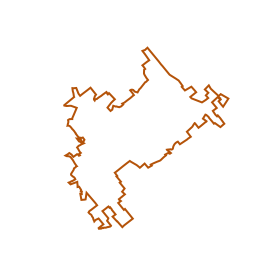 Panabá, Yucatán, Mexico, rotated 135°
{"feature_id": "50627088B71815805148908", "entity_name": "Panabá", "entity_type": "district", "adm_level": 2, "iso_a3": "MEX", "parent_name": "Mexico", "parent_adm1": "Yucatán", "projection": "natural_earth1", "projection_center": [-88.264, 21.34], "detail": "fine", "context": "isolated", "style": "outline", "palette": "amber", "viewbox_px": 256, "rotation_deg": 135, "n_neighbors": 0, "source": "geoboundaries", "source_scale": "gbopen_adm2", "svg_char_len": 5721}
<svg xmlns="http://www.w3.org/2000/svg" viewBox="0 0 256 256"><g transform="rotate(135 128 128)"><path d="M62.0,63.3L56.9,62.9L55.8,69.9L55.6,73.4L56.8,73.3L56.8,75.7L55.9,80.1L51.1,79.4L50.5,85.7L50.4,86.7L42.6,86.4L42.7,84.5L42.3,84.6L42.2,84.7L42.0,84.8L41.8,83.7L42.2,83.4L42.3,82.6L45.0,82.8L45.5,78.5L45.7,75.8L40.9,76.8L36.2,77.8L38.5,86.4L41.3,86.4L41.6,93.6L41.7,97.3L40.7,101.0L46.4,100.9L46.3,96.1L49.9,96.0L50.1,92.5L52.8,92.8L54.9,93.2L57.6,93.8L62.1,104.0L62.0,105.9L54.5,105.1L54.3,107.3L54.0,112.4L61.2,114.3L60.9,119.1L59.7,119.0L59.0,123.0L58.8,124.5L58.6,125.8L58.9,127.2L59.3,129.2L60.5,134.4L60.8,135.8L60.9,136.4L60.4,141.5L59.8,147.5L59.7,149.5L59.2,153.3L57.5,171.0L58.2,171.0L59.2,171.1L60.7,171.1L61.2,171.3L61.9,171.7L62.5,172.0L63.3,172.3L63.9,167.7L65.1,160.9L68.0,161.4L73.5,162.1L73.6,160.6L74.1,157.6L75.4,157.8L77.6,155.8L77.8,155.5L78.3,155.1L78.4,154.7L78.8,153.6L79.6,150.2L79.9,147.8L80.1,147.8L81.0,147.9L82.3,147.8L82.7,147.9L83.3,148.1L83.5,148.2L91.2,147.3L92.5,147.4L94.8,146.8L96.1,146.4L97.5,149.0L97.4,151.1L98.0,152.2L98.7,152.8L99.2,153.0L99.8,153.1L100.0,150.8L100.1,149.8L100.3,148.9L100.6,147.1L101.9,147.3L105.0,147.5L110.0,148.2L112.6,148.5L114.8,149.3L114.8,148.0L117.5,148.1L119.5,148.9L120.0,149.7L120.4,150.4L121.1,151.6L121.5,151.8L122.7,154.1L124.7,153.0L126.1,152.1L128.3,152.4L128.1,156.9L122.1,157.7L119.1,157.7L117.0,157.6L116.8,166.1L118.5,166.0L118.5,166.4L118.4,167.1L118.0,167.6L117.8,168.7L122.5,169.5L122.9,169.5L123.6,169.6L124.4,169.7L125.3,169.9L125.7,170.0L127.1,170.3L127.5,170.3L128.0,170.4L128.4,170.5L129.2,170.5L129.7,170.6L130.1,171.0L130.6,171.2L130.9,171.3L131.3,171.3L132.1,171.0L132.0,172.0L131.8,172.3L131.6,172.6L131.3,172.8L130.5,173.1L130.1,173.3L129.0,173.9L128.0,174.1L127.0,174.2L126.0,183.0L130.2,183.5L136.1,184.3L139.1,184.6L138.9,186.1L138.7,187.4L137.5,190.1L136.3,192.9L137.5,193.9L138.0,194.3L138.4,194.6L139.1,195.5L139.4,195.2L141.1,192.9L141.7,191.7L142.5,190.5L144.1,188.4L144.2,188.0L151.3,188.7L157.0,189.2L157.2,188.9L155.9,187.0L154.9,186.1L153.8,185.2L153.3,184.7L152.6,184.0L150.8,180.2L150.4,179.3L150.0,178.5L157.2,175.6L160.3,174.4L161.1,173.7L162.0,174.6L163.1,175.6L164.6,176.0L164.8,176.0L165.8,174.5L166.2,174.2L167.8,173.3L168.9,172.5L169.1,172.4L168.7,172.1L168.1,171.2L167.9,170.7L167.8,169.8L167.9,168.7L168.0,167.5L168.2,166.9L168.1,166.2L168.3,163.5L168.6,162.3L168.7,161.4L168.7,161.1L169.0,160.9L169.1,160.3L169.1,159.6L169.3,158.8L169.5,156.6L169.9,155.6L169.2,155.3L169.1,155.5L168.8,155.3L168.4,154.3L167.6,153.7L167.1,153.4L166.7,153.2L167.1,150.5L169.9,149.6L170.0,150.2L170.2,150.6L170.3,151.3L169.8,152.2L169.6,153.0L170.8,155.6L171.6,156.6L172.0,153.9L172.1,153.1L171.5,152.0L171.6,151.3L171.4,151.1L171.0,151.0L171.1,150.8L171.0,150.4L170.9,150.3L170.9,150.0L170.6,149.6L170.1,148.8L170.0,148.4L170.3,148.5L172.5,149.4L173.8,149.7L175.2,150.2L176.4,150.3L177.8,150.2L177.9,149.0L178.6,146.7L178.8,145.9L179.0,145.3L179.0,143.8L181.0,144.2L181.2,143.3L181.3,142.7L181.8,142.9L182.3,143.1L182.2,144.6L182.5,145.5L187.0,146.2L187.0,146.8L186.7,149.3L187.0,150.2L187.0,150.8L187.2,151.8L189.0,152.0L191.7,152.7L191.4,151.8L191.1,151.2L190.2,150.3L189.6,149.4L189.5,149.1L189.3,148.6L189.2,147.8L189.7,144.2L190.7,140.5L191.1,138.1L191.2,137.3L191.5,137.5L192.1,137.5L192.5,137.3L192.9,137.3L194.4,137.6L194.8,137.6L195.2,137.4L195.5,137.1L196.3,136.8L200.3,135.9L200.9,135.7L201.1,135.4L201.4,135.0L201.4,134.4L201.3,132.6L201.0,131.6L201.1,130.0L201.5,129.0L203.5,129.5L204.8,129.8L205.5,130.3L207.2,130.7L208.5,131.3L208.5,128.8L202.0,125.8L203.6,123.9L203.8,123.5L204.1,123.0L204.6,122.8L205.4,121.9L204.1,121.0L204.9,117.5L206.2,116.6L205.6,115.7L206.5,115.1L207.4,114.0L208.3,115.1L211.8,110.1L209.3,108.0L208.5,107.5L203.1,111.5L203.4,107.3L204.1,98.2L204.5,95.2L212.2,96.2L212.6,96.3L213.8,96.5L214.3,96.5L214.6,96.5L214.9,96.3L215.6,96.2L215.7,95.3L215.7,94.3L215.4,92.9L215.4,92.4L215.6,91.7L216.0,90.8L216.0,90.5L216.0,90.4L216.1,89.9L216.2,89.3L216.3,89.1L217.1,87.8L217.4,87.1L217.8,85.9L217.9,85.7L217.6,85.7L217.3,85.9L216.1,85.9L215.6,85.8L214.8,85.5L212.8,84.8L213.5,77.3L219.5,78.0L219.7,77.6L219.8,77.3L218.2,75.9L217.7,75.6L217.1,75.6L216.2,75.0L216.1,74.8L215.9,74.9L215.1,74.1L214.9,74.0L214.5,73.6L214.4,73.4L214.1,73.2L213.8,73.0L213.5,72.8L212.7,72.6L212.4,72.2L211.8,71.8L211.5,71.7L211.1,71.5L210.8,71.1L210.5,71.0L210.2,70.9L209.9,70.9L209.7,70.9L209.4,70.8L209.1,70.9L208.5,76.2L208.4,77.2L208.1,77.3L207.5,77.4L206.9,77.6L205.7,78.1L205.6,79.3L205.4,81.5L204.8,87.3L203.5,87.1L202.7,87.0L200.4,86.7L198.3,86.5L197.3,86.3L197.5,84.7L196.7,84.6L197.0,82.0L197.3,81.5L197.9,75.7L201.6,76.2L201.7,72.9L201.8,69.7L201.6,69.6L202.1,61.9L199.6,61.9L188.7,60.5L187.4,72.9L188.8,73.0L187.9,81.9L184.7,81.4L184.9,82.9L185.0,83.3L184.8,84.1L177.1,83.3L177.2,87.1L173.2,87.6L172.5,95.2L171.0,95.0L170.4,101.9L169.5,101.7L168.9,105.7L168.5,105.6L165.1,105.2L158.5,104.5L153.6,103.9L150.0,103.4L149.8,102.1L148.1,95.7L147.9,94.0L147.7,91.8L147.7,91.5L146.8,91.4L142.8,91.2L141.4,91.1L141.8,85.7L137.8,84.6L137.7,86.0L135.2,85.1L134.1,84.7L131.1,83.5L129.6,82.8L128.0,82.2L123.4,82.1L120.6,81.8L120.5,82.9L119.2,82.5L117.5,82.0L116.8,80.9L116.6,80.2L115.4,80.0L115.5,81.0L115.5,81.5L115.5,81.8L115.7,82.0L115.7,82.4L115.8,83.9L115.9,84.8L115.8,85.1L115.1,84.6L112.8,82.7L112.7,82.2L111.7,81.6L111.1,81.6L110.7,81.8L109.0,82.9L106.9,83.6L105.7,83.7L104.7,83.7L103.2,83.4L102.4,83.1L102.8,79.8L94.4,78.1L92.9,78.0L89.8,77.4L89.0,83.7L81.6,83.4L78.9,84.1L77.4,84.3L77.3,84.0L78.0,78.3L74.6,77.9L69.3,77.4L68.1,77.1L67.7,77.2L68.4,81.6L63.8,82.7L63.4,81.9L63.2,78.7L63.5,78.0L63.6,76.8L63.9,73.0L64.2,70.3L63.1,70.1L62.0,63.3Z" fill="none" stroke="#b45309" stroke-width="2"/></g></svg>